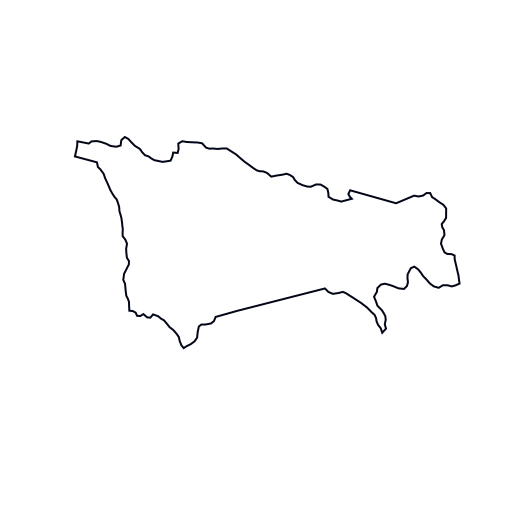 Lafaiete Coutinho, Bahia, Brazil (orthographic projection), rotated 196°
{"feature_id": "56859067B55716819349441", "entity_name": "Lafaiete Coutinho", "entity_type": "district", "adm_level": 2, "iso_a3": "BRA", "parent_name": "Brazil", "parent_adm1": "Bahia", "projection": "orthographic", "projection_center": [-40.301, -13.623], "detail": "fine", "context": "isolated", "style": "outline", "palette": "ink", "viewbox_px": 512, "rotation_deg": 196, "n_neighbors": 0, "source": "geoboundaries", "source_scale": "gbopen_adm2", "svg_char_len": 2938}
<svg xmlns="http://www.w3.org/2000/svg" viewBox="0 0 512 512"><g transform="rotate(196 256 256)"><path d="M319.5,163.8L315.2,162.1L311.1,159.5L307.8,156.8L306.0,153.4L303.2,149.7L300.1,147.5L297.9,150.1L294.4,153.3L291.5,157.1L290.1,161.3L291.1,166.8L291.5,172.5L289.6,175.1L285.9,176.1L280.7,178.7L278.5,181.8L278.0,186.3L258.6,198.3L180.8,243.8L176.5,241.4L171.7,240.8L166.8,243.0L162.7,245.4L159.5,245.1L155.9,244.0L150.7,242.5L146.6,241.2L142.5,240.0L139.2,238.7L135.1,237.1L131.9,235.3L129.3,233.8L125.9,232.2L123.4,229.3L122.2,226.6L119.8,223.6L116.1,220.8L113.5,217.0L111.0,222.0L113.4,225.9L113.7,230.4L115.1,233.8L117.3,236.1L120.1,238.6L125.6,241.7L127.7,244.8L131.3,249.4L129.9,254.9L130.5,258.6L128.0,263.0L124.4,264.9L119.5,265.0L115.7,264.8L110.1,264.2L104.7,265.1L102.6,268.8L102.7,272.7L104.2,276.2L105.2,280.1L103.8,287.0L100.9,289.4L96.3,287.8L93.1,285.5L89.6,282.6L85.8,280.5L81.4,277.6L76.8,275.8L71.6,275.8L68.3,279.4L63.6,280.7L59.5,280.7L56.5,282.5L52.7,285.6L54.2,288.8L56.0,293.1L57.9,296.4L60.3,300.8L62.6,304.9L64.2,307.8L65.2,311.2L68.5,311.7L72.6,310.7L75.7,311.4L78.4,314.5L81.6,318.9L81.9,323.1L80.6,328.0L82.4,332.6L84.9,335.0L86.3,337.9L84.9,341.0L83.8,345.0L85.4,350.9L86.3,354.1L89.9,356.8L95.0,358.4L99.7,360.2L102.9,361.1L105.9,364.5L109.5,363.5L112.0,360.2L116.1,358.0L120.6,357.6L135.9,345.3L183.6,345.1L184.3,341.1L182.3,338.9L179.7,337.4L189.1,331.8L193.1,331.8L197.5,331.5L202.6,332.9L203.8,336.4L205.8,340.1L209.2,341.4L213.7,342.5L218.0,341.3L222.4,337.7L225.7,336.9L230.4,336.9L236.1,337.7L239.7,339.8L242.1,342.1L245.7,343.2L249.3,343.5L253.1,341.4L258.4,339.0L263.2,336.5L268.3,338.9L272.5,339.3L275.8,338.5L278.7,338.5L282.7,339.7L288.2,341.8L293.1,343.5L298.6,346.0L303.2,348.2L307.4,349.4L313.8,351.3L317.7,350.2L322.4,348.3L327.3,347.4L330.4,346.3L333.9,346.4L338.9,349.5L343.4,349.0L347.1,348.1L354.0,346.5L358.5,346.0L361.7,342.7L359.9,337.5L359.7,333.5L364.1,332.6L363.8,328.5L364.4,324.1L368.6,322.1L371.9,320.7L374.7,320.5L380.2,320.1L383.8,321.0L386.6,322.1L390.5,322.3L394.1,324.4L397.1,326.9L402.8,328.5L407.1,330.9L411.1,333.4L414.9,334.2L417.4,330.3L416.6,324.9L420.4,322.5L426.2,321.7L430.8,322.6L436.6,322.9L440.7,322.6L445.6,320.9L447.8,318.0L459.3,317.0L458.2,312.3L457.8,307.3L457.5,301.8L434.7,302.2L432.5,298.0L429.5,296.4L425.1,293.0L422.4,289.1L419.5,285.8L416.5,282.2L414.3,279.4L411.5,276.6L408.2,273.7L405.6,272.1L403.7,269.5L401.2,265.7L399.5,261.2L397.4,258.0L395.7,255.1L394.0,251.2L392.6,247.7L391.4,245.0L390.8,242.1L389.6,238.3L386.0,235.6L383.4,232.3L382.8,227.1L381.5,223.3L379.6,218.7L376.7,216.1L375.9,212.9L376.8,208.2L377.9,202.5L377.0,196.5L374.3,193.3L373.0,190.0L371.1,185.2L369.7,182.0L367.5,179.7L365.5,177.0L364.2,173.0L362.7,168.5L359.2,169.1L356.1,168.4L353.8,165.7L350.7,166.4L348.2,169.1L343.7,167.0L340.6,167.6L338.8,171.5L333.4,171.1L330.0,169.6L326.7,168.8L322.8,166.2L319.5,163.8Z" fill="none" stroke="#020617" stroke-width="2"/></g></svg>